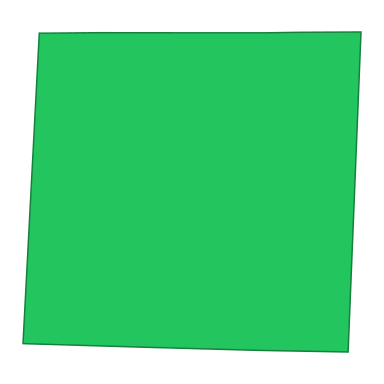 the district of Caswell, North Carolina, United States of America
{"feature_id": "52423323B10780727675908", "entity_name": "Caswell", "entity_type": "district", "adm_level": 2, "iso_a3": "USA", "parent_name": "United States of America", "parent_adm1": "North Carolina", "projection": "albers", "projection_center": [-79.34, 36.392], "detail": "fine", "context": "isolated", "style": "filled", "palette": "green", "viewbox_px": 384, "rotation_deg": 0, "n_neighbors": 0, "source": "geoboundaries", "source_scale": "gbopen_adm2", "svg_char_len": 342}
<svg xmlns="http://www.w3.org/2000/svg" viewBox="0 0 384 384"><path d="M348.1,352.0L361.0,32.0L300.7,32.3L300.0,32.3L292.3,32.4L265.5,32.8L185.4,32.8L97.5,32.7L97.3,32.7L76.7,32.9L41.8,33.2L39.3,33.1L23.0,343.6L28.4,343.8L157.0,347.6L166.3,347.8L190.5,348.5L259.5,350.4L348.1,352.0Z" fill="#22c55e" stroke="#15803d" stroke-width="1.5"/></svg>